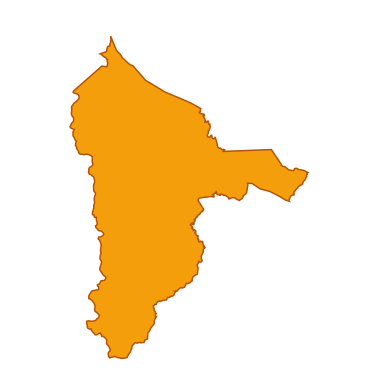 outline of Guemon, Dix-Huit Montagnes, Ivory Coast, rotated 176°
{"feature_id": "98640826B22329502030217", "entity_name": "Guemon", "entity_type": "district", "adm_level": 2, "iso_a3": "CIV", "parent_name": "Ivory Coast", "parent_adm1": "Dix-Huit Montagnes", "projection": "albers", "projection_center": [-7.319, 7.029], "detail": "fine", "context": "isolated", "style": "filled", "palette": "amber", "viewbox_px": 384, "rotation_deg": 176, "n_neighbors": 0, "source": "geoboundaries", "source_scale": "gbopen_adm2", "svg_char_len": 6001}
<svg xmlns="http://www.w3.org/2000/svg" viewBox="0 0 384 384"><g transform="rotate(176 192 192)"><path d="M262.3,353.2L262.2,350.0L262.7,348.6L262.6,347.6L263.6,345.0L263.8,343.5L265.5,343.2L266.1,342.7L267.0,340.4L267.1,338.7L267.8,337.9L274.0,336.2L273.0,335.7L270.2,332.8L268.7,332.1L267.8,330.5L267.0,330.0L267.5,328.8L267.5,327.7L266.8,326.6L267.3,325.7L267.4,324.8L268.5,322.9L273.1,323.9L302.9,301.2L303.7,299.9L303.2,299.2L300.0,297.9L298.8,297.2L298.1,296.0L297.9,293.9L298.5,292.9L300.9,290.6L303.6,288.8L306.0,285.8L306.4,284.4L306.0,283.7L306.9,278.5L306.4,276.5L305.0,274.0L305.0,272.8L305.3,270.8L307.3,269.0L309.1,265.6L308.9,264.9L307.8,263.8L305.3,262.8L305.1,262.4L306.5,260.4L306.8,256.4L305.8,254.7L304.8,251.8L303.8,250.7L304.8,248.2L305.0,246.3L304.1,245.1L304.1,243.5L302.4,240.5L302.4,239.1L301.7,238.6L301.6,237.8L296.5,236.7L295.8,237.1L293.7,237.0L289.9,235.2L289.0,234.1L289.5,228.9L288.9,227.3L289.2,226.0L290.0,224.9L292.7,223.5L293.4,221.9L293.3,220.4L293.8,219.5L293.9,218.5L293.1,216.9L291.7,216.3L289.2,213.9L288.3,210.2L288.5,208.2L289.6,206.0L289.9,203.8L289.9,200.0L288.4,197.7L288.6,196.0L289.4,194.6L290.0,192.3L290.0,187.8L291.1,185.0L291.0,182.8L291.4,182.3L293.0,177.3L292.6,176.2L291.2,175.7L291.3,174.4L290.9,173.6L290.5,173.4L289.4,173.7L289.2,173.5L289.4,171.2L288.7,167.5L289.4,165.7L290.6,165.0L290.5,163.6L287.8,160.0L285.6,159.5L284.3,158.4L283.5,157.4L283.0,155.9L283.5,155.2L285.5,153.9L286.9,153.5L288.2,153.6L288.8,152.0L288.6,151.3L287.9,150.9L286.7,148.0L286.3,145.1L287.4,140.1L287.0,137.2L288.1,134.6L288.4,132.7L288.3,131.1L287.4,129.7L287.1,127.9L289.1,123.0L289.4,121.4L289.3,120.6L286.2,115.2L284.0,113.2L283.9,112.1L285.0,110.4L285.9,109.9L288.9,109.8L290.7,106.9L292.7,106.1L292.9,105.2L292.6,104.6L292.1,104.3L291.6,102.4L292.2,101.2L298.6,100.3L300.0,98.9L302.1,95.9L302.4,93.0L302.1,92.6L301.1,92.4L299.7,91.2L297.7,88.3L296.8,85.9L296.6,84.4L297.4,81.7L297.2,80.2L296.5,79.2L295.5,78.6L293.4,76.1L293.3,74.5L294.0,73.1L295.6,72.3L296.8,70.9L298.5,70.2L301.7,70.1L303.9,70.7L305.6,70.6L306.1,70.2L306.4,68.7L305.8,66.7L305.8,64.0L305.3,63.3L304.0,62.4L302.3,62.4L302.1,61.2L298.5,56.3L296.8,56.2L295.2,57.2L293.2,57.7L291.9,54.1L290.2,53.9L288.5,52.2L287.3,50.2L287.9,47.0L287.2,45.6L286.1,44.5L284.6,40.8L284.8,39.3L286.6,37.9L286.8,36.6L286.8,33.9L285.6,32.2L284.1,32.8L282.7,32.8L280.4,33.4L277.5,31.9L276.3,31.9L274.6,31.1L273.3,30.8L269.0,31.3L268.1,31.7L266.9,34.1L264.5,36.8L264.0,38.4L263.2,39.6L262.4,42.6L259.5,45.5L257.4,45.1L254.5,45.7L254.1,45.2L250.4,45.2L249.0,47.9L246.9,48.4L246.6,48.8L245.9,54.4L244.4,55.9L242.3,59.5L238.9,63.1L238.6,64.3L238.8,64.9L238.6,66.2L237.1,69.2L236.3,69.8L236.1,70.3L237.1,70.4L237.2,71.9L236.2,73.2L236.9,73.6L236.9,74.9L238.0,76.7L237.9,78.3L238.3,79.3L238.4,81.2L238.1,81.5L236.7,82.4L235.5,82.4L235.1,83.8L233.4,85.2L232.1,85.5L231.4,85.0L227.8,86.2L227.1,85.9L225.8,86.3L224.9,86.1L224.6,86.4L224.5,87.5L223.8,88.5L222.6,88.2L221.1,89.2L220.9,88.9L220.5,89.1L220.4,89.5L220.1,89.7L219.3,89.4L217.6,90.0L216.6,91.5L216.3,92.7L215.2,93.6L215.9,94.2L214.5,94.1L213.6,94.8L213.4,94.5L212.0,96.1L209.7,97.4L208.5,96.9L206.1,97.6L205.1,99.3L204.7,99.6L204.4,101.0L203.9,101.3L202.9,100.9L200.4,101.6L198.8,103.1L198.2,103.2L197.8,103.5L198.1,104.6L197.0,107.2L194.2,109.1L193.2,109.2L192.4,109.8L191.2,115.7L192.1,118.8L190.2,121.5L190.2,122.4L189.5,122.2L189.0,121.5L188.1,121.4L186.5,122.7L187.5,125.5L187.0,127.8L185.1,131.0L184.6,134.4L182.8,135.5L183.5,137.0L184.1,136.5L184.5,136.6L184.0,137.8L184.8,139.6L184.8,141.5L185.5,142.1L186.2,141.6L186.8,142.3L187.2,142.4L188.4,141.7L189.0,142.6L188.6,143.8L189.0,144.7L189.5,144.6L189.4,145.3L189.7,145.8L189.1,146.9L189.6,147.1L189.2,147.9L190.8,148.5L191.2,151.3L192.1,151.2L192.1,151.4L191.3,151.9L190.9,152.7L192.0,154.1L193.4,153.6L193.5,155.0L194.5,155.9L193.9,156.2L194.2,156.6L194.0,157.4L196.0,159.2L194.8,160.8L194.1,159.7L193.2,159.4L192.5,159.5L192.2,160.4L193.1,160.6L193.1,161.3L192.7,161.7L191.4,162.1L191.0,163.3L191.1,163.6L191.8,163.9L191.9,164.5L190.6,164.7L189.9,166.0L189.3,166.2L189.2,167.1L188.6,166.8L188.1,167.3L187.6,168.7L186.2,168.9L184.2,171.5L183.1,171.8L183.1,172.5L182.0,172.7L181.6,173.4L181.9,174.5L185.4,181.1L186.5,182.5L186.2,184.3L185.3,185.2L185.0,185.5L173.4,186.2L171.0,185.5L170.5,185.6L170.3,185.7L170.5,186.7L171.7,188.0L171.0,188.5L170.6,188.2L170.0,188.5L167.8,190.6L167.4,189.4L168.2,189.1L166.8,187.7L164.3,186.7L163.9,187.0L163.7,187.8L162.9,188.1L160.5,186.3L159.2,186.5L155.8,183.8L156.1,183.2L155.9,182.8L154.8,182.5L153.2,183.3L151.8,183.5L150.1,183.2L149.3,182.9L147.7,181.4L146.5,181.0L145.3,180.2L144.0,181.2L142.5,181.8L140.7,184.8L139.8,185.6L138.7,186.1L137.5,187.8L135.8,195.1L136.0,196.9L131.4,196.3L123.7,190.3L114.3,187.1L104.6,181.3L99.1,177.3L95.8,176.1L96.1,176.5L93.9,181.0L92.5,181.8L91.5,182.0L90.7,181.8L90.2,183.2L90.6,184.6L89.7,185.2L87.5,187.9L86.3,188.5L86.0,189.6L82.8,191.4L82.4,191.8L81.2,192.1L80.4,194.4L77.8,196.9L77.6,198.4L76.4,199.4L76.8,200.3L76.7,200.9L75.7,201.5L76.0,202.1L75.9,202.8L74.9,203.3L78.9,205.7L84.3,207.1L85.7,208.3L87.0,208.4L88.0,208.2L89.1,206.2L94.0,207.3L97.5,210.9L99.8,211.2L101.2,213.0L101.4,214.1L109.9,228.8L158.0,230.3L157.7,231.0L156.6,231.8L157.5,232.3L157.9,232.0L158.8,232.1L159.5,232.5L160.5,233.8L161.5,233.6L163.0,234.7L163.6,236.4L163.4,237.4L164.9,244.7L165.2,244.9L165.6,243.8L166.2,243.6L167.8,244.1L168.2,245.1L168.5,247.2L169.6,246.8L170.1,245.6L170.6,245.4L172.6,246.1L172.9,247.1L171.3,250.6L171.6,251.5L170.4,252.5L169.3,255.8L169.2,256.5L169.6,257.1L169.4,258.4L170.4,258.4L170.6,258.8L170.6,259.4L171.1,260.2L170.7,261.3L170.9,261.6L171.9,261.5L173.3,260.6L174.1,260.6L174.3,260.9L173.7,262.1L174.2,264.3L175.7,266.9L175.4,267.4L174.2,267.3L174.5,268.6L175.1,269.0L177.4,269.4L179.3,270.7L179.2,271.1L178.1,271.7L177.8,273.9L177.4,274.6L187.5,281.2L211.9,293.6L230.5,306.6L242.0,321.9L245.5,323.8L252.1,330.7L253.9,334.3L257.4,338.3L262.3,353.2Z" fill="#f59e0b" stroke="#b45309" stroke-width="1.5"/></g></svg>